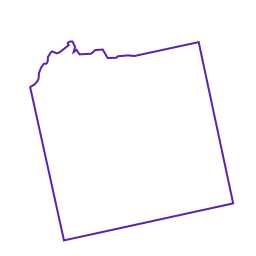 outline of Kinney, Texas, United States of America, rotated 78°
{"feature_id": "52423323B1423896904617", "entity_name": "Kinney", "entity_type": "district", "adm_level": 2, "iso_a3": "USA", "parent_name": "United States of America", "parent_adm1": "Texas", "projection": "albers", "projection_center": [-100.689, 29.354], "detail": "fine", "context": "isolated", "style": "outline", "palette": "violet", "viewbox_px": 256, "rotation_deg": 78, "n_neighbors": 0, "source": "geoboundaries", "source_scale": "gbopen_adm2", "svg_char_len": 572}
<svg xmlns="http://www.w3.org/2000/svg" viewBox="0 0 256 256"><g transform="rotate(78 128 128)"><path d="M223.6,40.8L58.7,41.0L58.9,106.9L57.0,112.8L55.7,123.0L56.9,124.9L55.3,133.3L46.0,136.4L45.0,143.9L47.7,148.6L45.9,160.1L40.9,162.1L42.4,165.4L37.7,162.9L31.9,164.3L31.4,166.3L31.8,168.8L33.0,169.4L34.6,168.7L39.8,179.3L40.1,182.3L37.3,186.3L38.2,187.9L41.9,191.6L45.7,192.5L47.5,193.7L48.1,194.7L47.7,196.6L48.0,197.4L51.0,200.6L55.9,203.7L60.9,205.1L63.1,206.6L65.8,210.1L67.6,215.2L224.6,214.0L223.6,40.8Z" fill="none" stroke="#5b21b6" stroke-width="2"/></g></svg>